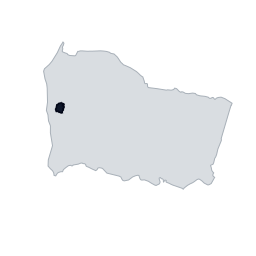 Asikuma-odoben-brakwa, Central, Ghana shown in context, rotated 107°
{"feature_id": "2480657B2595733520620", "entity_name": "Asikuma-odoben-brakwa", "entity_type": "district", "adm_level": 2, "iso_a3": "GHA", "parent_name": "Ghana", "parent_adm1": "Central", "projection": "albers", "projection_center": [-1.016, 5.627], "detail": "fine", "context": "in_parent", "style": "filled", "palette": "ink", "viewbox_px": 256, "rotation_deg": 107, "n_neighbors": 0, "source": "geoboundaries", "source_scale": "gbopen_adm2", "svg_char_len": 4510}
<svg xmlns="http://www.w3.org/2000/svg" viewBox="0 0 256 256"><g transform="rotate(107 128 128)"><path d="M156.8,32.2L158.7,34.1L159.1,35.1L158.4,39.0L157.0,41.8L156.1,44.4L156.2,45.7L157.1,46.9L160.0,49.0L161.5,50.3L163.3,52.3L165.3,54.2L168.8,56.7L170.3,57.2L170.2,57.9L169.8,58.9L169.5,68.3L169.2,70.8L168.9,72.0L168.6,75.5L168.3,76.0L167.6,76.0L167.0,76.1L166.9,76.8L167.1,77.5L169.2,78.1L168.7,78.6L167.2,79.1L166.5,80.1L166.8,81.4L165.9,82.3L166.2,83.0L166.7,83.5L167.6,83.3L170.1,81.6L171.1,81.5L172.4,81.8L174.7,84.3L174.8,85.5L173.9,89.7L173.0,92.9L172.8,97.2L173.8,99.6L173.7,100.9L172.6,102.0L170.2,103.7L170.3,104.8L171.5,106.9L173.5,109.3L177.5,112.2L179.6,116.0L179.7,117.5L178.5,119.1L177.0,120.4L176.6,122.3L177.3,135.0L174.1,140.6L174.1,142.1L174.4,144.0L175.2,145.1L176.9,145.4L178.2,146.4L177.7,150.3L177.0,154.2L176.9,156.1L176.5,157.1L175.3,157.8L174.8,159.0L175.2,160.6L174.9,161.7L175.6,163.2L177.1,165.0L179.4,169.6L180.3,169.9L180.7,170.9L180.4,171.8L181.3,173.8L183.9,175.8L186.7,177.6L188.9,177.8L189.4,179.4L190.8,181.4L191.9,182.3L193.6,182.8L194.9,183.1L195.0,184.8L192.5,186.0L190.9,187.7L189.6,190.4L187.8,193.3L181.8,194.9L179.4,194.9L167.0,195.0L155.3,200.8L148.6,202.8L144.4,206.1L138.8,208.4L135.0,211.2L126.9,212.5L113.6,216.9L109.5,218.7L105.3,221.7L98.4,225.3L95.8,225.2L90.4,221.9L86.4,220.2L76.6,217.6L69.3,216.6L65.7,215.5L64.8,215.3L65.6,214.1L67.6,214.0L69.8,214.4L71.4,213.5L73.8,213.4L74.4,212.4L74.6,210.0L74.6,208.0L75.4,207.2L75.7,204.9L74.5,199.8L73.7,199.2L69.4,198.4L69.1,197.4L68.3,196.4L67.5,193.7L66.6,189.8L65.1,185.0L62.3,177.0L61.6,174.1L61.1,171.2L61.0,167.8L61.6,166.5L61.5,164.8L61.3,163.0L63.3,158.9L67.3,154.0L68.1,152.2L68.9,150.9L69.0,149.1L69.7,143.3L71.6,136.3L72.8,133.7L73.6,132.3L74.6,129.9L74.8,128.8L78.5,126.1L80.2,125.3L80.5,124.3L80.0,123.1L80.2,122.3L81.1,121.9L82.4,121.6L83.4,120.4L81.9,111.8L80.7,103.2L80.6,102.4L79.9,101.2L79.2,97.7L77.9,95.6L76.2,95.0L76.2,93.0L78.0,89.7L78.4,87.8L77.6,87.2L77.5,85.7L78.1,83.3L77.8,81.8L77.5,80.2L75.7,76.4L75.3,73.7L76.2,72.2L76.2,68.7L75.2,63.5L75.1,60.2L75.8,58.8L75.4,57.5L74.1,56.2L74.1,55.0L75.2,53.8L75.0,52.9L73.6,52.2L72.4,50.6L71.3,48.0L71.6,43.9L73.7,36.4L73.9,35.7L76.3,35.8L76.3,36.1L83.5,36.1L91.9,36.0L101.8,35.9L110.8,35.8L111.2,35.5L112.7,35.1L121.8,35.9L127.5,35.5L130.0,35.7L131.7,36.2L135.7,35.9L137.8,36.1L139.4,38.0L140.0,38.0L140.9,37.2L142.5,36.3L144.1,35.5L145.2,34.1L145.9,32.9L147.0,33.2L148.4,33.1L149.4,32.2L149.8,30.7L156.8,32.2Z" fill="#d9dde1" stroke="#a8b0b8" stroke-width="1"/><path d="M132.3,202.1L132.5,202.0L132.6,201.9L132.8,201.8L132.9,201.7L133.0,201.6L133.2,201.4L133.1,201.2L133.0,200.9L132.9,200.8L132.6,200.6L132.4,200.5L132.2,200.4L132.1,200.2L131.7,200.1L131.9,200.1L132.0,200.1L132.2,199.9L132.3,199.8L132.3,199.7L132.5,199.6L132.4,199.5L132.4,199.4L132.4,199.2L132.5,199.0L132.5,198.9L132.8,198.9L132.9,198.7L133.1,198.6L133.0,198.4L133.0,198.2L132.9,198.1L132.8,197.9L132.8,197.7L133.0,197.6L133.0,197.4L133.0,197.2L133.0,196.7L132.9,196.6L132.9,196.4L132.9,195.9L133.0,195.9L132.9,195.7L132.7,195.6L132.6,195.4L132.5,195.5L132.1,195.5L131.9,195.6L131.7,195.6L131.2,195.6L130.6,195.6L130.4,195.6L130.2,195.6L130.1,195.4L129.8,195.3L129.8,195.2L129.7,195.2L129.4,195.2L129.3,195.3L129.2,195.3L129.1,195.5L128.9,195.6L128.9,195.4L128.7,195.5L128.4,195.5L128.1,195.6L127.9,195.6L127.7,195.6L127.6,195.4L127.5,195.2L127.4,195.2L127.2,195.2L126.9,195.2L126.9,195.3L126.7,195.3L126.3,195.4L126.1,195.5L125.9,195.9L125.9,196.0L126.0,196.3L125.8,196.7L125.8,196.8L125.2,196.2L124.8,196.1L124.7,196.7L124.5,196.4L124.3,196.0L124.1,196.1L123.9,196.2L123.9,196.3L123.8,196.5L123.7,196.6L123.6,197.6L123.8,198.0L123.7,198.3L123.5,198.5L123.6,198.9L123.6,199.1L123.7,199.3L123.8,199.4L123.8,199.5L124.0,199.8L123.9,199.8L124.0,199.9L124.0,200.0L124.3,200.0L124.4,200.3L124.3,200.5L124.5,200.7L124.5,200.8L124.5,201.0L124.7,201.3L124.8,201.4L124.8,201.5L125.0,201.6L125.3,201.7L125.5,201.8L125.8,201.8L126.0,201.7L126.1,201.8L126.2,202.0L126.2,202.3L126.2,202.5L126.4,202.7L126.5,202.6L126.8,202.4L127.0,202.4L127.1,202.5L127.1,202.8L127.3,202.8L127.5,202.8L127.7,202.6L127.8,202.6L128.1,202.7L128.3,202.7L128.5,202.7L128.8,202.5L129.0,202.5L129.3,202.6L129.5,202.6L129.7,202.4L129.8,202.3L129.8,202.2L130.0,202.2L130.2,202.3L130.3,202.3L130.5,202.4L130.6,202.5L130.8,202.6L130.9,202.8L131.0,202.8L131.3,202.7L131.4,202.4L131.5,202.4L131.5,202.2L131.8,201.9L132.0,201.9L132.1,202.0L132.3,202.1Z" fill="#0f172a" stroke="#020617" stroke-width="1.5"/></g></svg>